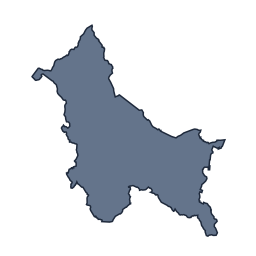 Bratca, Bihor, Romania (Robinson projection), rotated 97°
{"feature_id": "2599482B94251984599688", "entity_name": "Bratca", "entity_type": "district", "adm_level": 2, "iso_a3": "ROU", "parent_name": "Romania", "parent_adm1": "Bihor", "projection": "robinson", "projection_center": [22.609, 46.899], "detail": "fine", "context": "isolated", "style": "filled", "palette": "slate", "viewbox_px": 256, "rotation_deg": 97, "n_neighbors": 0, "source": "geoboundaries", "source_scale": "gbopen_adm2", "svg_char_len": 5845}
<svg xmlns="http://www.w3.org/2000/svg" viewBox="0 0 256 256"><g transform="rotate(97 128 128)"><path d="M88.6,229.5L89.4,228.9L89.7,228.1L90.1,227.9L90.8,226.7L91.2,226.7L91.9,225.5L91.9,225.1L91.3,223.7L91.3,223.4L90.8,222.2L90.1,221.5L89.0,221.1L88.9,220.7L87.1,219.8L86.0,220.7L85.1,220.0L84.7,219.0L90.4,209.1L90.6,208.1L92.3,206.7L93.6,204.6L94.1,204.3L97.7,202.8L100.3,202.8L102.3,201.9L103.7,200.4L105.6,197.8L108.0,195.6L108.2,194.3L108.0,193.5L108.8,192.8L111.0,192.2L111.9,192.9L113.2,193.4L114.6,193.3L116.9,192.7L119.7,192.6L122.7,193.1L124.5,191.4L126.7,190.9L129.3,189.8L129.4,189.6L129.2,188.2L129.7,187.3L130.6,186.5L133.3,186.0L134.8,187.0L135.4,187.7L134.3,189.5L134.2,190.2L134.4,191.2L133.6,191.7L133.0,192.4L134.0,192.7L135.2,193.8L136.2,194.1L139.1,192.3L139.5,191.1L140.1,190.8L139.5,189.3L139.6,188.8L140.3,188.4L141.5,188.3L141.9,188.5L143.3,187.6L144.3,186.5L145.2,186.4L146.7,185.7L147.2,184.2L148.2,184.5L149.1,184.3L148.9,182.9L149.6,181.5L149.6,179.8L150.1,178.6L150.2,177.0L150.7,176.6L154.7,176.4L156.0,176.6L157.9,175.7L158.6,175.7L159.5,174.9L161.5,174.4L165.3,175.7L167.3,177.1L168.2,176.2L168.1,175.6L169.3,175.2L172.0,174.8L173.2,177.3L174.1,177.2L173.9,177.6L174.3,178.9L174.9,178.6L174.7,179.4L175.2,179.6L176.2,181.4L179.5,181.8L179.6,182.6L180.2,182.5L180.2,183.5L181.3,183.3L184.4,181.0L185.1,180.2L186.8,179.2L188.6,176.8L189.4,176.9L190.8,177.8L191.4,177.6L193.4,177.6L194.5,177.2L194.5,175.9L193.0,174.5L191.5,173.9L191.4,173.5L189.8,172.9L189.8,172.7L187.7,172.2L189.5,171.1L190.1,169.8L192.3,166.8L192.3,165.5L197.1,161.7L197.8,160.5L198.9,160.4L199.2,159.1L199.9,159.0L201.5,160.0L202.7,160.1L207.5,159.4L209.0,159.9L209.4,159.2L209.6,156.6L210.1,155.8L211.1,155.4L212.9,155.7L214.4,155.0L220.0,150.6L220.2,149.8L219.5,149.3L219.6,149.0L220.3,149.1L220.8,148.5L221.2,147.7L221.1,147.2L222.3,146.4L222.0,144.6L222.4,143.6L222.3,142.9L223.1,142.4L224.1,142.6L223.6,134.9L222.8,132.4L222.2,131.9L220.7,131.5L217.2,129.8L214.2,125.8L214.2,125.1L212.8,123.9L210.9,123.2L209.6,123.4L206.9,120.5L206.8,119.9L205.2,118.8L203.2,116.9L203.0,116.2L202.3,116.2L202.5,117.0L200.2,117.2L199.0,117.7L197.3,117.7L195.9,117.2L195.3,118.1L194.4,118.3L193.2,119.5L189.7,118.8L189.1,118.5L188.8,118.1L187.1,118.4L186.8,118.6L186.6,119.2L186.7,120.1L186.4,120.3L186.2,120.2L185.7,119.7L184.5,116.0L185.7,112.3L185.6,111.5L185.9,110.7L187.4,109.1L188.4,108.9L187.6,107.1L187.8,105.8L187.2,103.4L186.8,102.7L184.3,100.7L184.5,100.6L184.7,99.3L185.1,99.0L185.1,98.1L186.2,96.9L187.4,96.4L188.5,96.7L189.0,97.7L189.6,95.6L189.6,94.6L190.0,93.5L190.7,93.0L190.8,92.4L191.2,92.0L190.6,91.4L190.7,90.5L191.5,89.9L192.3,89.8L193.5,89.2L197.6,85.9L199.9,79.8L200.9,78.3L200.8,77.4L201.3,76.3L201.8,75.8L201.7,75.5L201.9,75.3L203.8,74.2L204.6,73.2L204.8,72.5L205.0,72.5L204.9,72.2L202.7,71.4L204.9,69.6L206.3,67.6L207.7,66.5L208.0,65.6L207.6,64.7L207.6,63.3L207.2,62.2L207.2,61.7L207.5,61.2L207.8,59.5L209.2,58.2L209.5,57.6L209.5,56.0L209.1,54.6L208.2,54.4L208.2,54.1L207.4,53.4L207.3,52.1L206.6,51.6L206.8,50.5L206.5,49.8L206.4,48.5L206.2,48.2L208.5,48.0L208.9,47.6L209.4,46.6L210.8,45.8L212.3,44.3L215.9,43.0L217.5,41.5L217.9,41.4L219.3,40.2L220.5,38.7L221.6,38.8L225.2,37.1L225.6,35.5L224.7,34.7L224.3,33.9L224.1,32.9L223.7,31.9L224.2,30.4L223.8,27.5L221.1,26.5L217.1,28.7L216.2,29.4L215.7,30.1L215.1,30.4L213.0,30.5L209.8,28.2L208.4,28.7L207.8,29.5L207.7,31.1L207.1,31.7L205.7,31.8L203.3,34.4L201.5,35.3L199.5,35.4L199.7,35.8L198.1,36.0L196.8,36.6L196.1,37.2L195.1,38.7L193.7,39.8L193.3,40.4L193.2,41.9L192.6,43.8L194.1,44.0L193.6,46.2L192.9,46.6L192.8,48.0L192.3,48.2L191.8,48.0L191.8,48.3L190.3,48.8L188.5,48.3L187.6,48.3L185.8,48.7L184.5,49.3L182.6,48.8L183.1,46.9L180.9,46.5L180.2,48.8L176.5,47.8L175.4,47.9L174.8,47.6L174.0,46.7L171.3,44.5L168.7,43.5L167.0,44.0L166.1,46.1L163.3,48.4L160.0,48.9L159.8,48.4L158.3,47.9L157.6,47.3L157.1,43.6L159.7,43.2L159.5,41.9L155.6,42.1L155.6,42.9L149.7,43.1L149.6,42.6L144.6,42.7L143.1,42.1L142.3,40.7L141.2,40.9L140.9,41.3L139.5,42.2L135.7,41.2L137.1,37.1L137.1,36.5L136.3,35.3L137.8,35.6L136.5,33.0L135.0,32.7L134.6,32.1L127.9,30.4L129.0,35.1L129.1,37.2L129.3,37.2L129.4,38.3L130.2,38.3L131.5,40.1L131.9,42.3L132.8,44.3L133.7,45.7L132.6,46.7L132.5,47.1L133.0,47.8L132.3,49.4L132.3,50.1L131.9,51.6L131.1,51.5L130.6,53.3L129.4,54.2L129.5,54.8L128.3,54.8L128.7,55.5L125.7,57.1L124.5,56.8L123.3,55.8L121.3,55.5L121.6,56.5L121.6,57.7L121.0,59.1L120.9,61.6L121.4,63.0L126.1,72.0L128.3,74.3L129.2,75.5L130.0,77.1L131.9,79.1L131.9,79.6L131.1,83.8L127.2,95.2L126.5,95.1L126.6,95.8L125.3,97.1L125.4,97.6L126.1,98.1L125.0,100.2L123.8,103.3L122.5,104.7L118.4,107.3L117.3,109.0L117.8,109.7L114.8,113.6L114.3,114.0L112.4,114.6L110.9,114.6L108.4,116.5L109.0,119.0L96.3,140.4L96.2,140.8L97.0,141.4L98.7,144.5L92.9,146.7L90.7,147.1L84.7,150.8L81.6,153.1L80.8,153.3L79.7,153.1L77.6,152.1L75.4,150.1L73.4,150.9L71.6,151.0L70.4,150.3L70.1,150.6L68.9,150.8L67.9,151.9L67.1,152.2L67.0,153.2L66.5,154.4L66.5,155.0L65.1,155.4L63.6,156.6L63.6,159.1L62.7,159.8L61.3,160.5L61.0,160.8L59.6,160.6L58.8,160.9L56.3,161.2L54.6,160.9L52.3,160.9L51.6,161.3L51.6,161.8L50.9,162.0L50.8,162.7L51.0,163.0L50.9,163.6L49.0,163.8L45.0,167.8L44.6,167.5L43.8,168.0L43.0,169.2L42.9,170.0L40.1,172.9L37.4,173.3L35.1,175.7L33.5,176.0L31.4,175.8L30.4,176.3L33.9,180.8L36.1,182.1L40.0,183.5L43.3,186.4L44.4,186.2L46.3,186.4L48.0,187.3L49.1,187.3L49.8,187.8L51.6,187.5L53.6,188.1L54.3,189.2L54.2,190.1L55.0,190.6L56.6,191.2L56.7,193.6L57.7,194.8L59.1,195.3L59.4,195.7L60.2,195.6L62.8,196.1L63.4,196.7L63.1,197.0L63.2,197.8L64.3,198.7L65.7,200.8L67.1,202.1L67.5,203.2L68.3,204.2L68.2,205.9L69.9,208.1L71.5,208.8L75.4,209.3L77.2,210.3L78.1,210.4L80.5,211.4L80.8,212.3L80.5,213.6L80.5,215.1L81.2,218.2L80.8,219.9L80.3,220.3L80.3,221.3L79.5,223.4L79.7,224.4L88.6,229.5Z" fill="#64748b" stroke="#1e293b" stroke-width="1.5"/></g></svg>